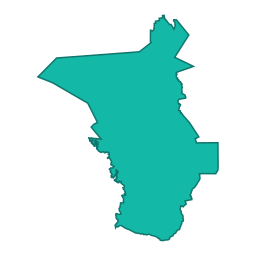 San Francisco de Conchos, Chihuahua, Mexico
{"feature_id": "50627088B96714761413162", "entity_name": "San Francisco de Conchos", "entity_type": "district", "adm_level": 2, "iso_a3": "MEX", "parent_name": "Mexico", "parent_adm1": "Chihuahua", "projection": "albers", "projection_center": [-105.365, 27.581], "detail": "fine", "context": "isolated", "style": "filled", "palette": "teal", "viewbox_px": 256, "rotation_deg": 0, "n_neighbors": 0, "source": "geoboundaries", "source_scale": "gbopen_adm2", "svg_char_len": 5896}
<svg xmlns="http://www.w3.org/2000/svg" viewBox="0 0 256 256"><path d="M186.2,204.1L185.1,200.9L191.8,199.6L191.7,198.6L191.9,198.3L191.3,197.8L190.8,197.1L191.2,196.2L190.8,196.0L190.7,195.7L190.1,195.5L190.0,195.2L190.3,194.8L190.4,194.2L190.8,193.4L191.1,193.2L191.2,192.0L192.1,190.2L192.2,189.2L193.0,188.4L194.0,187.9L195.0,186.8L197.1,183.8L198.0,181.9L198.5,181.4L199.5,179.9L199.7,179.1L200.0,178.6L200.0,178.1L199.8,177.9L199.7,174.9L199.4,173.8L203.8,173.6L215.7,173.7L217.9,170.2L218.1,165.2L217.9,142.7L196.5,142.9L195.2,138.8L198.8,136.9L189.6,122.8L183.3,115.6L181.2,112.6L180.5,113.0L180.2,112.0L180.3,110.8L178.8,110.7L178.5,110.2L179.1,108.9L179.1,107.7L179.7,106.6L179.7,106.0L180.1,105.9L180.6,104.9L179.6,103.9L180.1,103.4L178.6,104.0L177.8,100.9L177.9,100.6L179.1,99.3L185.6,98.1L185.8,97.6L185.5,97.0L185.4,96.1L184.8,94.9L181.7,93.2L181.5,92.8L182.0,92.2L182.1,91.7L181.6,89.5L181.7,89.0L182.3,87.6L182.3,87.1L181.6,86.1L181.6,85.7L182.0,84.8L182.1,84.2L181.8,83.9L181.0,83.9L180.8,83.3L181.0,82.4L180.2,81.6L179.6,81.6L179.1,81.3L179.0,80.3L178.8,80.1L178.6,79.9L178.1,80.1L177.8,79.5L177.4,79.3L177.7,78.2L176.8,77.9L176.6,77.6L176.2,76.0L176.3,74.9L176.9,74.6L176.2,73.7L176.9,72.5L176.6,72.3L193.4,66.4L174.7,57.3L188.8,35.0L176.5,19.9L174.1,19.7L173.7,19.8L173.6,20.3L173.6,20.6L175.1,23.3L175.1,23.9L174.9,24.5L175.3,25.2L175.3,25.6L173.9,29.1L171.0,24.4L169.5,24.5L165.2,19.0L164.9,18.8L164.6,18.8L164.2,15.4L162.5,15.5L162.7,17.8L159.2,18.3L159.4,20.6L155.5,21.2L155.7,23.2L154.2,23.4L154.3,24.5L154.1,27.7L154.2,28.0L153.9,28.4L153.9,29.2L153.8,29.8L152.4,31.0L152.0,31.0L151.4,30.5L150.5,30.2L150.4,41.8L151.2,42.5L139.4,51.8L56.6,58.0L37.9,76.9L52.5,82.7L87.8,103.2L97.5,122.5L93.9,124.2L91.2,127.1L101.1,139.1L88.8,137.9L89.0,138.6L89.5,138.6L90.5,138.2L90.4,138.5L89.9,139.1L90.1,139.5L89.6,139.7L89.8,141.1L90.1,141.4L90.8,141.4L92.8,139.5L92.7,140.2L91.8,141.6L91.4,142.9L91.5,143.2L92.0,143.4L92.6,142.9L92.8,143.3L92.5,143.7L92.6,144.2L93.4,144.4L93.5,145.2L93.8,145.4L93.9,145.8L94.4,146.3L94.8,146.2L94.9,145.9L94.8,144.9L95.0,143.8L94.9,143.4L95.0,141.9L94.5,140.9L94.6,140.2L94.8,140.8L95.1,141.0L95.5,140.5L95.9,140.3L95.4,141.4L95.6,142.7L96.1,142.4L96.3,142.0L96.8,141.8L97.0,141.1L97.1,141.9L96.9,142.5L96.0,143.1L95.6,144.2L95.9,144.7L96.1,144.8L96.3,144.8L96.9,144.0L97.2,142.8L97.7,142.1L98.0,142.1L97.8,143.3L98.0,144.2L97.5,144.2L96.5,146.0L96.5,146.3L96.5,146.5L97.6,146.0L97.8,147.1L97.7,147.3L96.9,147.5L97.0,147.8L97.3,148.1L97.1,148.3L96.7,148.4L96.6,148.7L97.1,149.3L97.8,149.6L98.4,150.9L99.4,151.4L100.0,152.0L101.5,152.4L102.6,151.7L103.8,152.0L104.4,152.7L105.0,152.8L105.4,152.7L105.5,152.0L106.0,152.0L107.3,152.6L107.6,152.1L108.4,152.3L109.3,153.1L109.4,153.3L109.0,153.8L109.4,153.7L108.7,154.2L108.7,154.5L108.9,154.5L109.1,154.9L109.4,155.3L109.4,155.8L108.9,156.4L108.9,156.7L107.5,157.8L107.4,158.1L107.6,158.3L108.2,157.7L108.6,157.8L109.3,157.5L109.5,157.7L109.4,158.0L109.1,158.2L110.2,158.9L110.5,159.3L110.4,159.7L110.7,160.0L111.5,161.2L111.3,161.9L111.5,162.3L111.4,162.5L111.5,162.8L111.1,163.2L111.0,163.5L110.9,164.3L111.0,164.9L111.5,165.1L111.9,165.0L112.7,165.5L113.5,166.3L114.1,166.2L114.2,166.4L113.0,167.1L113.0,167.8L112.2,168.0L111.2,167.9L110.4,168.2L109.4,169.1L110.6,170.4L110.5,170.8L110.8,171.1L110.3,171.8L112.1,174.5L111.2,175.5L111.2,176.3L111.8,176.4L111.3,177.1L111.5,177.5L112.8,177.2L113.2,177.9L113.8,177.5L113.9,176.8L114.3,176.7L114.8,176.3L114.7,175.3L115.4,175.3L116.4,172.5L116.0,171.0L116.2,169.9L116.6,170.0L116.8,170.3L117.1,170.4L117.4,170.9L117.1,171.3L117.2,171.5L117.8,171.5L118.1,172.1L116.6,175.2L116.6,176.7L117.0,176.7L117.0,177.6L116.3,177.9L116.8,178.7L115.8,179.7L115.1,179.3L114.3,180.0L115.3,181.2L116.4,180.7L116.7,181.3L116.4,181.5L117.1,182.3L117.3,182.0L118.6,181.4L118.3,182.1L118.4,182.4L118.6,182.2L118.9,182.4L119.1,181.5L120.4,181.8L120.5,181.7L121.2,181.6L120.9,182.2L120.9,182.9L122.7,184.5L123.7,185.2L124.4,186.0L124.0,187.6L123.0,187.7L123.2,188.6L123.6,189.3L123.9,189.3L124.5,190.3L124.5,190.6L124.6,191.1L125.4,192.0L125.3,192.7L124.5,193.4L124.4,193.8L124.5,194.0L125.7,194.3L125.7,194.6L125.4,195.4L124.7,195.6L123.8,195.5L122.9,195.1L122.3,195.2L121.8,195.5L123.2,198.2L123.6,198.7L123.5,200.2L123.3,201.2L123.7,202.5L123.5,203.0L120.8,202.8L120.5,202.9L120.5,204.6L120.1,205.6L120.0,207.4L119.1,208.4L119.1,209.0L119.4,210.8L119.7,211.4L120.2,211.8L120.7,212.8L121.0,213.9L120.5,214.2L119.4,214.3L118.1,214.3L116.8,213.6L116.1,213.6L115.8,213.9L115.8,215.0L116.1,216.4L116.1,217.3L116.3,218.4L116.5,218.9L117.6,219.6L118.1,220.8L117.5,222.5L116.2,223.6L115.9,224.5L115.1,225.1L115.6,227.5L115.9,226.8L116.5,226.6L117.0,226.9L117.5,227.0L117.9,226.7L118.4,226.5L118.9,226.2L119.1,225.9L119.7,225.6L121.5,225.6L122.0,225.8L122.4,226.3L125.0,228.0L127.5,229.1L129.1,229.6L133.6,232.0L134.5,232.2L134.8,232.7L136.0,233.0L139.1,233.4L141.3,234.1L141.8,233.7L142.3,233.6L142.8,233.8L143.7,234.6L144.4,234.5L145.2,234.3L146.7,234.9L148.8,234.2L149.8,234.4L150.1,234.7L151.6,235.5L154.3,236.0L157.1,237.1L157.7,237.6L158.2,238.4L158.5,238.5L159.1,238.2L159.4,238.4L159.6,238.7L159.9,239.6L160.2,240.1L161.2,240.5L162.0,240.4L163.6,240.6L164.0,240.3L164.8,240.0L166.1,240.1L167.0,239.8L167.8,239.9L168.4,239.7L169.6,238.9L169.7,237.5L170.3,236.8L170.7,236.6L171.4,236.5L173.0,235.7L173.3,235.1L173.3,234.6L173.5,234.3L174.2,233.7L174.6,233.7L175.7,233.0L176.1,232.1L177.4,230.3L178.1,229.8L179.1,229.7L179.5,229.4L179.7,229.0L179.7,228.3L180.6,226.6L180.6,225.9L181.4,224.5L181.7,223.7L181.6,223.1L181.7,222.5L182.2,221.6L183.0,221.4L183.0,221.0L183.4,220.0L183.3,219.0L182.8,218.2L183.1,216.9L182.9,215.9L182.6,215.0L181.4,213.6L181.2,212.9L181.4,212.4L181.3,211.9L180.9,210.9L180.0,209.4L180.0,208.9L180.5,207.9L180.6,207.2L180.6,205.9L180.8,205.8L183.3,206.8L183.8,206.2L184.0,205.7L186.2,204.1Z" fill="#14b8a6" stroke="#0f766e" stroke-width="1.5"/></svg>